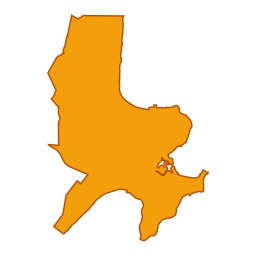 outline of Port Lincoln, South Australia, Australia
{"feature_id": "25037944B26241388024664", "entity_name": "Port Lincoln", "entity_type": "district", "adm_level": 2, "iso_a3": "AUS", "parent_name": "Australia", "parent_adm1": "South Australia", "projection": "natural_earth1", "projection_center": [135.866, -34.729], "detail": "fine", "context": "isolated", "style": "filled", "palette": "amber", "viewbox_px": 256, "rotation_deg": 0, "n_neighbors": 0, "source": "geoboundaries", "source_scale": "gbopen_adm2", "svg_char_len": 5857}
<svg xmlns="http://www.w3.org/2000/svg" viewBox="0 0 256 256"><path d="M63.5,233.9L64.2,233.4L64.9,233.2L65.1,233.0L66.1,231.4L66.2,231.2L67.7,230.6L68.1,230.3L68.9,228.6L70.6,227.1L71.7,225.2L74.9,222.7L77.5,220.1L78.8,218.5L81.0,216.7L82.9,214.4L86.8,211.1L89.0,209.0L90.3,207.5L91.4,205.9L92.0,205.3L94.2,202.9L95.6,200.8L96.7,199.7L98.4,198.2L103.4,194.7L104.1,194.3L106.7,193.1L110.3,192.0L113.2,190.9L115.1,190.7L116.4,190.0L117.4,189.6L120.4,189.2L122.4,189.3L125.2,189.9L126.7,190.6L127.1,191.0L127.0,191.4L126.5,191.8L126.5,192.3L127.0,192.5L127.6,192.7L129.1,192.7L129.7,192.8L135.9,198.1L137.4,198.7L140.5,199.5L141.3,200.1L141.8,200.9L142.1,201.5L142.6,202.7L143.2,204.8L143.3,206.4L142.9,207.5L142.0,209.3L141.6,210.9L141.8,214.3L142.5,216.3L142.1,217.8L141.8,220.0L141.0,222.6L139.4,226.1L139.5,229.6L140.1,231.2L140.1,232.5L140.6,233.5L141.0,235.6L141.0,236.6L140.0,238.5L140.0,238.8L140.5,239.4L142.1,240.2L143.4,240.6L144.1,240.6L144.5,240.5L145.1,240.3L147.0,238.9L148.4,237.6L149.3,236.7L149.9,236.2L150.8,235.9L154.2,235.6L155.4,234.6L156.4,233.1L157.2,231.1L157.8,228.2L157.9,226.0L158.3,224.5L159.2,223.6L159.5,222.8L160.7,221.8L161.6,220.5L162.5,219.8L165.5,218.7L167.6,218.4L167.9,218.3L168.7,218.4L169.4,218.3L170.2,217.6L172.2,217.1L173.7,216.4L175.1,215.3L175.8,213.9L176.4,211.7L176.5,210.4L176.3,209.1L176.7,207.9L179.9,202.7L181.2,199.5L181.9,198.1L182.6,197.0L182.9,196.8L184.4,195.8L186.3,195.0L188.3,194.3L189.0,194.4L190.2,195.8L190.3,195.8L190.4,195.7L190.7,194.2L191.1,193.7L193.1,193.2L194.7,192.5L195.6,192.1L199.1,191.5L199.8,191.5L201.8,192.1L202.5,191.8L203.0,191.4L203.4,190.5L203.5,190.0L203.6,184.9L203.4,182.9L203.4,182.3L203.5,179.5L203.6,178.6L204.0,177.3L204.5,176.6L205.1,175.7L205.5,175.3L205.4,175.0L205.7,174.7L206.4,174.2L206.7,174.1L207.1,174.1L207.7,173.9L208.1,172.8L208.1,172.3L208.1,172.1L207.9,172.1L207.4,172.5L207.1,172.6L206.6,172.6L206.4,172.5L205.8,172.0L205.6,171.6L204.9,170.6L204.3,170.6L203.3,170.0L203.1,170.1L202.3,171.7L201.8,172.3L201.6,173.2L201.4,173.4L200.3,173.7L199.8,175.2L199.2,176.2L198.0,177.2L197.2,177.7L195.3,178.0L194.0,178.1L191.4,177.8L185.5,176.7L184.0,176.2L182.0,176.1L179.0,174.9L178.2,174.4L177.4,174.2L177.7,173.8L178.0,173.4L178.2,173.1L177.9,172.6L177.4,172.4L176.8,171.9L175.9,170.8L174.5,168.1L174.5,167.3L174.1,166.4L173.8,166.1L173.5,165.9L171.7,166.1L171.4,167.3L171.0,167.9L170.8,168.8L171.0,169.7L172.6,171.9L172.6,172.3L172.3,172.7L171.7,172.7L169.2,170.7L168.0,170.9L167.1,170.9L165.4,172.8L165.3,173.4L165.3,174.3L165.2,174.4L164.0,175.1L163.3,175.4L162.7,175.4L161.4,174.9L160.7,174.4L158.8,172.8L158.4,172.6L158.1,172.6L157.1,171.7L156.0,171.5L155.9,171.1L156.9,171.1L157.8,171.5L162.5,174.8L163.2,174.7L163.9,174.5L164.4,174.0L164.6,173.5L164.7,172.9L164.9,172.5L166.2,171.0L166.7,170.9L167.0,170.6L167.2,169.6L167.4,169.1L167.1,167.3L166.8,166.9L166.5,166.7L166.0,166.7L165.1,167.0L163.6,166.8L163.3,166.0L162.8,165.3L161.7,165.2L160.8,165.5L159.9,166.1L158.9,167.9L157.6,167.7L157.4,167.5L157.5,166.5L158.2,164.7L158.8,163.5L159.7,162.7L161.2,160.7L161.6,160.3L162.2,160.5L162.9,160.6L163.1,160.4L161.6,158.2L162.1,157.7L164.4,160.6L164.7,160.9L165.2,160.9L165.4,161.1L165.4,161.3L164.8,161.5L164.6,161.8L164.4,162.4L164.0,163.0L163.9,163.3L164.0,163.5L164.6,164.7L165.2,165.1L165.5,165.2L168.4,164.7L168.4,164.3L167.7,163.2L167.1,162.8L167.0,162.5L166.9,161.7L166.4,161.5L166.3,161.4L166.4,161.2L167.1,160.8L167.5,160.8L168.0,161.3L169.6,163.8L169.4,164.2L169.4,164.5L169.7,164.6L172.6,164.1L173.3,163.7L173.5,163.0L173.1,162.1L172.6,161.6L172.5,160.9L172.7,160.2L172.6,158.9L172.4,158.6L170.0,158.2L169.1,157.5L168.4,156.5L168.2,155.6L168.1,154.9L168.2,154.6L168.5,154.1L168.7,153.9L169.5,153.5L170.7,153.0L171.1,152.7L174.4,149.9L175.9,148.0L178.0,146.5L178.6,146.3L179.7,146.1L180.6,146.2L181.5,146.4L181.5,145.9L182.2,144.7L182.7,144.5L183.0,144.1L183.3,143.9L183.4,143.6L183.6,143.5L183.8,143.5L184.0,143.8L184.9,143.0L185.8,142.8L186.0,142.6L186.4,140.6L186.4,140.3L188.0,137.2L188.3,135.3L189.0,133.7L189.7,131.3L189.9,129.5L190.4,128.7L191.4,127.9L191.5,127.8L191.8,126.2L191.8,124.3L191.2,122.3L190.0,119.7L189.0,118.8L188.8,118.1L188.2,117.7L187.4,117.0L186.1,115.3L185.7,115.0L183.3,114.4L181.3,113.5L181.1,113.5L180.8,113.3L180.2,113.2L179.5,111.6L179.4,109.1L179.3,108.6L178.9,108.0L178.7,107.5L177.8,106.5L177.2,105.7L176.4,105.5L174.6,105.9L173.0,106.9L170.9,107.4L166.8,107.6L166.6,107.5L166.3,107.2L166.0,107.2L165.6,107.6L164.9,107.8L160.7,107.8L157.2,108.0L156.8,107.8L156.7,107.5L156.4,105.1L154.0,104.9L153.8,107.2L152.8,107.3L149.4,107.3L149.0,107.8L148.8,109.6L148.7,109.7L147.2,109.4L146.6,109.3L143.5,108.9L140.5,108.3L136.9,107.2L136.0,106.8L135.2,106.7L134.5,106.2L130.3,103.8L127.2,101.7L126.2,100.9L124.9,99.8L123.1,98.0L122.6,97.3L122.3,96.7L121.6,95.7L120.3,93.0L119.8,91.6L119.5,90.2L119.4,89.3L119.4,88.0L119.5,87.8L119.6,86.8L119.6,85.0L119.4,84.4L119.5,83.7L119.5,83.3L119.2,82.2L119.3,81.1L119.6,79.2L119.6,76.3L119.8,71.8L119.7,68.8L119.8,65.4L120.3,63.8L121.0,62.5L121.3,61.0L121.3,60.3L121.3,59.1L120.8,56.4L120.8,54.0L121.3,50.9L121.7,45.9L122.2,44.0L122.0,42.1L121.9,41.2L121.8,40.0L122.2,37.1L122.7,33.3L122.9,29.0L123.1,25.7L123.1,23.5L122.7,19.8L122.6,19.2L122.8,18.3L123.7,15.9L120.8,16.0L82.8,15.6L81.5,16.9L79.9,17.9L77.7,18.8L71.7,15.4L67.5,35.9L67.0,35.9L64.9,46.1L65.0,46.9L63.9,47.7L63.0,52.1L64.1,52.9L60.9,54.7L59.6,55.7L57.8,56.3L56.6,57.7L47.9,73.0L56.0,90.1L53.4,96.9L51.3,98.8L57.8,106.4L58.5,106.4L58.5,113.8L60.1,118.2L58.5,122.5L58.6,145.4L48.5,144.6L48.8,145.1L51.5,146.9L54.1,148.5L55.2,149.1L56.8,150.3L58.4,151.8L60.1,154.1L61.0,155.5L62.8,159.5L63.7,161.1L64.5,162.4L65.4,163.4L66.6,164.6L67.1,165.0L68.6,166.1L70.6,167.1L87.9,174.5L87.3,175.2L80.8,183.8L77.2,180.8L66.6,194.7L66.2,195.0L62.9,214.2L53.9,226.5L63.5,233.9Z" fill="#f59e0b" stroke="#b45309" stroke-width="1.5"/></svg>